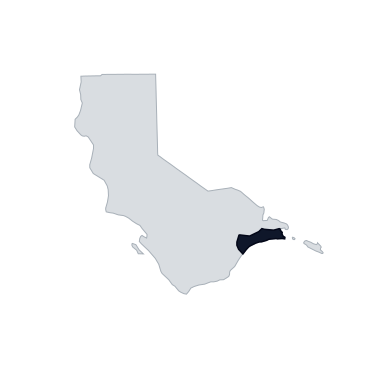 Oman, with Al Batnah North highlighted, rotated 110°
{"feature_id": "OMN-2424", "entity_name": "Al Batnah North", "entity_type": "Region", "adm_level": 1, "iso_a3": "OMN", "parent_name": "Oman", "parent_adm1": "", "projection": "natural_earth1", "projection_center": [56.548, 24.234], "detail": "fine", "context": "in_parent", "style": "filled", "palette": "ink", "viewbox_px": 384, "rotation_deg": 110, "n_neighbors": 0, "source": "natural_earth", "source_scale": "10m", "svg_char_len": 3674}
<svg xmlns="http://www.w3.org/2000/svg" viewBox="0 0 384 384"><g transform="rotate(110 192 192)"><path d="M121.2,336.0L119.6,332.1L118.1,328.2L116.6,324.3L115.1,320.4L114.1,317.7L112.3,316.7L111.2,313.8L110.1,310.9L109.0,307.9L107.9,304.9L106.8,302.0L105.7,299.0L104.6,296.1L103.5,293.1L102.4,290.1L101.4,287.2L100.3,284.2L99.2,281.3L98.1,278.3L97.0,275.3L95.9,272.4L94.8,269.4L93.7,266.5L97.3,265.1L101.6,263.4L105.9,261.7L110.2,260.0L114.6,258.3L118.9,256.6L123.2,254.9L127.5,253.2L131.8,251.5L136.2,249.8L140.5,248.1L144.8,246.4L149.1,244.7L153.4,243.0L157.7,241.3L162.0,239.6L166.4,237.9L169.0,236.8L170.1,232.9L171.1,229.6L172.0,226.3L172.9,223.0L173.8,219.7L174.8,216.4L175.7,213.2L176.6,209.9L177.5,206.6L178.4,203.3L179.4,200.0L180.3,196.7L181.2,193.5L182.1,190.2L183.1,186.9L184.0,183.6L184.9,180.3L185.7,177.3L184.2,174.4L182.0,170.5L179.8,166.4L177.8,162.6L176.3,159.8L174.4,156.5L174.7,152.1L174.6,150.0L174.8,146.6L176.6,142.0L178.6,136.2L180.2,132.3L181.5,128.9L182.5,126.2L183.1,123.4L182.8,121.4L182.1,120.7L181.5,119.7L183.5,118.2L187.2,117.3L189.3,117.5L192.1,116.7L194.4,116.1L194.6,115.2L193.9,113.7L193.0,111.6L189.8,111.4L188.8,110.8L189.9,107.6L189.9,106.6L189.5,105.4L189.0,103.4L189.2,100.8L189.9,99.1L189.9,97.7L189.6,94.8L189.7,92.2L190.4,90.9L191.6,89.7L192.7,89.1L193.9,89.2L194.8,89.7L195.2,91.0L194.9,91.9L194.3,92.1L194.0,92.5L195.0,94.3L196.3,96.0L197.4,95.7L198.6,94.3L199.8,93.2L201.4,92.2L202.5,90.3L203.5,89.1L204.4,88.9L206.9,96.7L210.6,104.0L214.0,108.0L217.4,113.5L222.6,118.6L225.0,120.3L234.7,123.8L240.1,125.1L247.4,126.4L252.5,129.1L254.2,129.3L256.8,128.5L258.8,128.6L263.6,132.3L265.1,135.9L267.1,137.8L268.9,140.7L270.1,143.8L274.2,148.5L277.1,153.8L280.1,157.7L282.7,160.2L286.7,161.1L289.9,162.3L290.3,164.9L290.0,168.3L289.4,170.8L286.4,175.8L285.8,178.8L282.4,183.8L278.8,192.2L277.2,194.1L271.3,198.5L267.0,203.7L261.9,212.8L258.0,221.8L256.5,224.6L253.4,225.2L251.3,225.0L249.9,224.1L250.5,221.7L250.8,218.9L248.9,219.2L247.2,219.8L243.3,226.5L241.2,229.5L240.8,233.2L239.7,238.0L238.2,242.5L237.6,246.2L237.6,248.4L238.7,253.5L238.8,258.8L239.5,262.0L240.0,265.8L238.2,267.0L236.6,267.6L230.4,268.0L224.1,269.2L218.6,271.5L215.3,273.7L211.0,278.6L208.4,291.1L204.2,296.3L201.4,297.4L194.5,297.9L184.9,299.4L181.5,300.6L175.8,308.3L175.4,310.7L176.5,312.4L176.8,314.3L176.3,316.1L173.8,320.9L171.0,324.5L163.6,326.7L160.9,325.4L158.5,324.7L153.7,324.6L145.9,325.5L143.1,328.1L138.6,329.9L134.4,332.7L126.5,333.8L121.2,336.0ZM202.2,68.9L201.7,69.6L201.0,69.7L199.3,69.1L198.4,67.8L198.6,66.1L198.6,63.1L199.1,60.2L198.9,57.1L197.7,56.5L196.8,56.7L198.9,52.4L199.7,51.7L200.5,52.0L202.4,51.6L203.4,49.2L204.2,48.0L205.0,48.1L205.4,48.8L205.1,52.4L205.1,55.3L204.0,64.4L202.9,65.9L202.4,67.2L202.2,68.9ZM262.7,230.2L261.2,230.7L260.7,230.4L260.7,226.7L264.4,222.0L266.8,216.5L268.4,221.4L265.6,224.1L264.0,228.8L262.7,230.2ZM201.8,81.3L200.7,82.1L200.0,81.9L200.1,80.3L200.6,79.2L201.6,79.3L201.9,80.0L201.8,81.3Z" fill="#d9dde1" stroke="#a8b0b8" stroke-width="1"/><path d="M196.7,96.3L197.2,96.3L197.7,96.1L197.9,95.8L198.1,95.3L198.6,94.6L199.0,93.5L199.4,93.3L200.3,93.2L200.8,93.0L201.6,92.1L201.7,91.9L202.4,91.4L202.5,91.1L202.6,90.9L202.6,90.4L202.7,89.4L202.8,89.2L204.3,88.9L204.8,91.3L206.4,94.9L206.7,95.3L206.8,95.9L207.0,97.2L209.9,103.2L210.5,104.0L211.9,105.3L214.6,109.0L215.2,109.9L215.4,110.5L215.6,111.3L218.1,114.5L221.0,117.3L223.3,119.4L224.1,119.9L227.7,121.4L232.2,122.8L232.8,123.0L229.9,128.6L226.7,131.6L223.6,132.7L216.5,133.1L216.0,132.5L213.7,122.8L206.4,115.7L202.5,113.8L202.3,111.2L199.9,102.2L196.6,97.5L196.7,96.3L196.7,96.3Z" fill="#0f172a" stroke="#020617" stroke-width="1.5"/></g></svg>